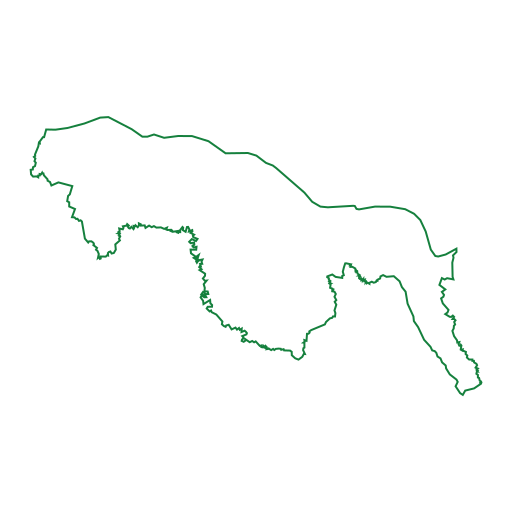 Mueang Bueng Kan, Bueng Kan, Thailand (Robinson projection)
{"feature_id": "78962969B58196939194054", "entity_name": "Mueang Bueng Kan", "entity_type": "district", "adm_level": 2, "iso_a3": "THA", "parent_name": "Thailand", "parent_adm1": "Bueng Kan", "projection": "robinson", "projection_center": [103.635, 18.285], "detail": "fine", "context": "isolated", "style": "outline", "palette": "green", "viewbox_px": 512, "rotation_deg": 0, "n_neighbors": 0, "source": "geoboundaries", "source_scale": "gbopen_adm2", "svg_char_len": 6026}
<svg xmlns="http://www.w3.org/2000/svg" viewBox="0 0 512 512"><path d="M456.4,248.7L445.7,254.5L438.2,256.5L435.3,256.0L430.8,249.6L425.7,231.5L420.3,220.0L414.1,213.8L405.2,209.2L390.3,206.7L375.0,206.6L359.0,209.4L356.5,208.9L354.8,206.0L353.2,205.8L327.8,207.3L320.4,206.6L312.2,201.8L304.4,192.6L276.1,168.0L272.8,165.5L266.0,162.9L256.4,155.6L247.9,153.0L225.6,153.3L208.5,141.2L192.1,136.1L178.2,136.0L164.1,137.8L154.0,134.5L147.3,136.7L142.4,136.7L131.7,129.2L108.4,117.1L100.2,117.6L84.4,123.5L67.4,128.0L55.4,129.7L46.2,129.5L44.1,137.1L43.0,137.1L39.6,141.7L39.8,143.2L38.9,142.8L38.3,146.4L35.0,154.5L35.2,155.9L33.9,156.9L35.4,158.5L34.5,161.2L35.8,162.7L35.0,166.1L33.0,167.2L32.8,169.5L30.7,169.8L31.1,174.4L33.1,176.6L36.5,176.4L38.2,177.3L38.2,175.6L39.8,175.4L39.7,174.0L41.1,174.3L42.1,172.7L42.4,173.5L43.4,173.4L43.9,175.3L47.5,179.3L47.6,180.7L50.0,182.0L51.4,185.5L58.4,182.4L72.3,186.1L69.8,194.4L68.1,195.9L67.2,201.2L69.2,202.3L69.2,206.5L75.0,209.0L72.0,217.2L74.5,217.4L76.1,219.0L77.5,218.8L79.0,220.9L80.6,220.3L81.9,221.5L84.9,238.6L88.2,242.5L89.1,241.3L91.4,241.3L93.4,242.8L94.0,244.1L93.4,245.1L97.0,247.9L96.0,249.7L97.5,250.9L98.8,254.0L98.0,257.8L98.8,257.1L99.9,258.9L100.7,258.5L100.6,256.5L105.8,256.6L107.2,255.2L108.1,255.5L107.9,253.1L108.9,252.0L110.4,251.5L111.6,253.5L113.8,253.0L115.8,249.6L115.3,244.4L119.9,240.4L119.0,238.8L120.0,236.8L119.2,236.0L119.9,235.8L119.1,234.6L119.7,233.7L118.2,233.4L119.4,232.8L118.5,232.0L119.7,231.1L119.2,228.5L122.8,229.3L123.5,227.8L122.9,226.3L126.5,225.6L127.2,224.1L128.8,225.6L127.9,226.8L128.8,228.1L129.9,228.5L131.4,226.8L133.5,229.1L134.2,227.8L133.7,225.9L135.2,226.1L135.5,225.3L137.7,227.2L139.0,225.5L138.9,223.4L140.8,224.3L140.9,225.6L144.7,225.4L145.5,227.9L149.1,225.6L151.7,227.2L153.9,226.1L156.4,227.6L160.9,227.4L164.2,228.9L166.9,227.7L166.3,229.5L167.4,230.0L171.3,229.8L171.9,230.4L171.0,231.1L172.6,231.8L178.3,230.9L177.1,232.4L178.2,232.8L178.4,232.1L180.2,232.1L180.1,230.1L182.5,227.0L183.2,227.7L182.8,230.1L185.6,231.8L187.0,227.0L188.1,226.9L189.4,229.5L188.9,231.4L192.2,230.1L192.4,231.3L190.6,232.9L194.1,234.7L192.9,235.7L193.3,237.2L197.5,238.9L196.0,241.0L191.8,239.1L189.2,241.8L190.6,243.2L194.1,242.6L194.3,244.8L192.5,245.6L192.6,246.5L193.9,247.4L196.5,246.8L196.2,249.7L190.6,249.6L191.0,253.3L196.0,256.9L193.8,257.9L195.6,259.1L196.8,256.4L198.7,255.0L197.6,258.2L198.1,260.4L196.8,259.8L196.1,261.2L196.9,262.7L198.6,260.2L202.5,259.5L201.5,261.7L202.2,263.8L200.1,264.0L200.8,266.3L199.8,266.1L199.2,267.1L201.5,269.2L199.6,270.1L205.1,273.7L205.0,275.8L202.9,278.5L204.9,280.8L206.6,280.6L203.7,284.2L204.8,287.9L204.4,291.3L207.7,291.5L208.3,294.0L205.9,294.1L203.0,292.0L201.4,294.3L205.5,295.6L206.3,297.2L204.3,297.3L201.6,295.4L200.6,297.4L203.1,300.8L203.5,304.1L210.1,300.0L210.4,303.3L212.1,305.0L212.0,306.7L207.7,306.8L206.7,308.5L209.6,311.4L211.0,310.5L211.7,312.2L216.3,314.5L222.4,321.5L221.9,324.3L223.8,326.0L225.6,326.8L226.2,325.5L228.7,324.8L231.6,329.4L235.5,327.6L237.0,329.6L239.0,328.0L239.8,329.8L241.7,328.6L241.5,332.0L244.6,330.7L245.8,331.7L246.9,333.1L246.4,334.4L242.3,336.1L243.2,337.0L243.1,338.7L242.0,339.5L241.7,340.9L243.7,341.8L245.5,340.5L245.2,339.1L249.7,342.2L252.2,341.0L254.1,342.3L255.7,341.4L259.8,345.9L261.6,345.4L261.4,347.1L263.0,347.4L263.6,346.0L264.5,347.0L265.4,345.8L266.5,346.9L265.8,348.1L267.6,348.3L267.0,349.1L269.1,348.8L271.2,350.1L273.1,348.9L274.3,350.0L275.8,348.9L278.7,348.6L280.8,348.8L281.2,349.8L283.6,349.2L284.1,350.4L290.1,350.6L291.7,351.8L291.8,355.2L295.2,358.3L298.5,359.6L302.3,356.8L303.8,353.9L304.9,354.0L303.1,350.1L303.4,348.2L304.4,347.6L304.4,342.7L303.5,342.6L304.7,341.7L304.4,340.1L306.5,340.8L307.0,333.8L308.5,333.7L309.6,332.6L309.3,331.4L311.2,330.1L324.9,324.4L326.0,322.0L329.9,318.4L332.2,317.8L333.0,316.4L335.0,316.5L335.4,313.1L334.5,310.4L336.3,304.7L334.7,301.8L336.3,300.1L334.5,296.8L335.8,294.0L334.5,291.7L332.4,291.3L333.2,289.7L332.3,289.7L332.5,288.7L330.1,287.8L330.6,284.4L329.9,283.9L330.7,283.5L329.4,283.1L330.0,282.2L329.2,281.5L330.2,280.9L328.8,279.7L328.9,278.3L327.2,277.2L327.3,276.4L332.3,274.5L335.6,276.9L342.2,277.9L342.2,276.0L343.8,275.2L342.8,271.8L343.9,267.4L345.2,263.4L346.1,263.3L349.9,264.1L349.8,265.2L351.0,264.7L350.5,266.9L352.3,266.8L355.3,268.5L355.5,271.0L356.1,270.7L356.2,271.9L357.2,271.4L357.5,273.6L359.5,275.0L358.8,275.5L359.4,275.5L360.3,276.7L359.1,276.7L359.1,278.3L360.0,278.7L360.4,277.9L360.2,278.9L361.3,278.9L361.3,280.1L362.5,279.4L362.6,280.4L363.3,279.3L363.3,280.3L364.8,279.7L364.4,281.2L365.7,281.2L365.6,282.4L366.2,281.7L366.8,283.2L367.4,282.6L369.3,283.7L369.2,282.9L371.8,281.7L373.7,282.7L375.8,282.1L376.6,280.5L377.5,280.8L377.7,279.6L380.1,278.5L380.5,276.4L383.1,275.1L386.5,276.8L393.8,276.2L399.6,281.3L401.9,287.1L405.6,291.7L407.6,303.7L413.4,316.4L413.9,321.1L418.1,327.1L424.1,339.8L430.5,346.8L432.2,350.4L434.7,351.1L436.3,352.8L437.5,356.5L440.5,358.4L442.1,362.4L445.7,365.5L446.1,368.4L449.8,374.4L456.5,379.6L457.7,381.9L455.6,386.3L460.1,393.1L462.8,394.9L465.2,390.6L474.1,388.4L481.0,383.7L481.3,382.7L480.3,382.5L480.9,381.4L479.7,380.6L479.1,378.0L477.9,377.5L477.9,374.9L476.4,373.8L476.9,371.4L477.6,371.5L476.9,370.5L477.6,370.2L476.7,369.2L477.7,368.5L475.6,367.6L477.1,365.2L476.4,363.8L474.1,362.4L473.9,360.9L472.4,360.9L472.4,359.5L469.1,359.5L466.9,357.5L467.3,355.5L465.6,354.0L465.9,351.9L462.4,350.4L462.7,349.4L461.8,349.6L461.9,350.3L460.7,349.6L461.4,345.5L460.9,344.9L460.6,345.8L459.3,345.7L458.6,344.1L459.3,342.1L457.3,342.5L457.0,340.3L454.1,336.2L452.4,330.9L453.7,328.5L453.9,325.8L455.1,324.5L454.2,322.0L455.5,320.3L454.2,319.0L452.6,319.0L454.1,316.9L452.8,315.6L451.2,316.9L449.7,316.8L445.3,314.1L447.5,312.5L448.5,309.9L442.8,303.4L441.1,298.4L443.4,296.7L444.0,294.9L441.9,291.9L445.3,289.4L439.4,284.9L441.9,278.1L444.7,279.5L447.1,278.2L453.4,279.4L452.6,276.9L452.3,262.6L453.5,257.7L453.0,255.4L456.5,252.0L456.4,248.7Z" fill="none" stroke="#15803d" stroke-width="2"/></svg>